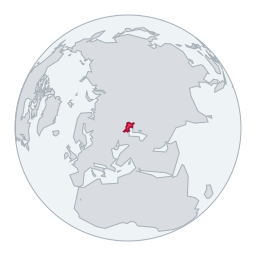 Atyrau on an orthographic globe, rotated 304°
{"feature_id": "KAZ-3198", "entity_name": "Atyrau", "entity_type": "Region", "adm_level": 1, "iso_a3": "KAZ", "parent_name": "Kazakhstan", "parent_adm1": "", "projection": "orthographic", "projection_center": [51.054, 47.461], "detail": "fine", "context": "on_globe", "style": "filled", "palette": "rose", "viewbox_px": 256, "rotation_deg": 304, "n_neighbors": 0, "source": "natural_earth", "source_scale": "10m", "svg_char_len": 12138}
<svg xmlns="http://www.w3.org/2000/svg" viewBox="0 0 256 256"><g transform="rotate(304 128 128)"><circle cx="128" cy="128" r="113" fill="#eef3f6" stroke="#a8b0b8"/><path d="M121.5,15.5L122.4,16.1L119.5,16.1L120.1,16.4L123.8,16.5L126.1,16.6L133.3,19.7L145.1,23.1L150.4,23.4L148.0,24.2L159.0,24.5L166.4,26.9L157.1,24.7L155.4,25.0L159.9,26.8L159.2,27.5L160.9,28.8L159.6,29.6L154.3,28.5L153.3,29.1L156.6,30.3L157.3,32.1L152.7,30.1L153.5,33.0L144.7,32.3L133.3,27.3L127.5,28.5L113.1,27.7L113.5,28.8L108.2,29.6L106.6,31.2L104.4,30.8L105.1,32.5L107.4,32.6L108.5,33.4L107.7,34.4L104.8,34.0L104.7,33.4L103.5,33.9L102.3,33.3L102.5,34.2L99.0,33.7L101.4,35.8L97.7,36.8L95.7,36.1L97.3,34.1L96.8,28.3L95.3,27.4L91.5,27.9L81.2,33.0L78.9,33.0L74.7,34.6L75.3,35.3L78.8,34.5L78.8,36.5L83.0,35.5L83.7,36.3L87.4,36.2L85.3,38.5L81.1,40.9L77.9,41.1L76.0,42.3L77.7,44.1L70.5,46.7L63.5,52.6L61.8,53.2L60.8,50.4L64.1,45.0L62.7,42.2L62.0,46.5L57.7,48.3L56.3,49.7L55.6,51.1L56.6,51.5L54.8,52.7L54.9,48.8L56.5,47.6L56.5,48.8L58.0,46.4L58.0,44.1L55.9,45.4L58.2,41.4L56.7,42.4L56.4,42.2L58.6,40.8L54.6,43.3L56.9,40.6L63.9,35.4L71.4,30.6L79.1,26.5L87.2,23.0L95.6,20.1L104.1,17.9L112.7,16.4L121.5,15.5ZM127.3,16.5L124.0,16.5L120.9,16.2L123.7,16.1L127.3,16.5ZM133.0,17.7L131.2,17.7L130.7,17.0L131.9,17.2L133.0,17.7ZM154.3,23.6L151.8,22.8L154.5,23.4L154.3,23.6ZM161.4,28.9L162.3,28.9L162.8,29.6L161.4,28.9ZM88.4,35.0L87.9,35.6L87.4,35.3L88.4,35.0ZM90.4,34.5L90.2,33.7L91.2,33.3L91.3,33.8L90.4,34.5ZM161.3,31.5L161.8,32.8L160.4,31.3L161.3,31.5ZM90.5,35.5L92.9,32.8L94.6,32.2L96.4,33.7L90.5,35.5ZM161.5,33.4L162.8,36.6L165.1,36.9L159.4,38.2L160.2,34.9L158.1,32.9L160.3,33.7L161.5,33.4ZM108.5,32.1L105.9,32.1L108.7,31.2L108.5,32.1ZM110.0,31.4L116.9,27.9L120.2,28.6L117.2,29.5L122.1,29.9L120.3,31.9L117.2,32.2L115.4,31.3L116.1,32.8L110.0,31.4ZM156.1,38.5L155.7,39.2L155.1,38.3L156.1,38.5ZM109.1,33.6L110.2,32.8L113.2,33.3L111.5,35.1L111.1,34.3L109.1,33.6ZM124.2,29.0L126.2,29.8L125.2,31.7L125.9,32.3L120.6,32.0L124.2,29.0ZM110.0,34.8L110.6,36.0L108.5,36.8L108.2,34.5L110.0,34.8ZM114.7,32.7L116.0,33.1L114.7,33.5L114.7,32.7ZM101.5,40.4L102.8,39.2L104.5,39.4L101.5,40.4ZM110.9,36.5L111.6,36.2L112.4,36.2L112.3,37.2L110.9,36.5ZM120.3,33.4L119.5,34.1L122.4,33.6L121.8,35.1L118.4,34.7L119.6,35.5L119.5,36.0L116.9,35.2L120.3,33.4ZM114.7,38.1L110.1,38.4L107.4,40.4L105.8,40.3L110.5,37.1L114.7,38.1ZM116.2,36.4L114.9,37.4L113.6,36.7L113.7,35.6L116.2,36.4ZM122.7,36.3L124.4,34.1L125.1,34.3L122.7,36.3ZM114.1,38.9L115.2,38.8L114.1,39.1L114.1,38.9ZM120.3,37.2L120.9,36.4L121.6,36.6L120.3,37.2ZM117.0,39.4L115.6,39.5L115.6,38.7L117.0,39.4ZM118.7,38.5L119.7,39.0L116.5,38.4L118.9,38.1L118.7,38.5ZM121.0,37.5L121.6,37.4L120.6,37.9L121.0,37.5ZM117.8,42.6L113.8,42.0L113.8,40.1L117.7,41.0L117.8,42.6ZM28.6,156.6L26.5,137.8L29.3,134.9L31.1,128.4L51.4,120.2L54.2,124.8L68.6,131.2L70.2,133.2L66.9,137.9L76.5,150.4L81.4,147.4L91.6,154.9L99.3,156.8L104.8,146.9L92.1,143.6L91.4,137.7L102.8,135.8L114.1,138.8L114.2,136.6L108.3,130.5L112.2,127.2L106.4,128.1L107.8,130.7L104.2,131.4L102.7,129.1L104.2,128.0L101.1,126.2L95.1,132.6L95.8,135.9L87.1,134.5L87.5,140.0L84.7,141.5L82.9,132.7L84.1,130.1L79.7,119.2L77.7,121.7L81.7,132.3L79.8,130.9L77.1,134.7L77.8,130.6L73.9,118.7L66.9,116.6L55.7,122.4L52.0,120.4L50.0,115.6L56.4,106.0L63.8,111.5L66.2,108.5L66.6,101.7L68.8,104.1L69.9,102.1L72.9,104.0L79.1,101.5L82.4,102.9L86.7,97.3L89.0,97.3L85.8,100.5L85.4,103.7L93.9,107.3L96.1,106.6L98.2,102.8L100.2,104.4L101.2,100.2L107.0,100.5L100.7,96.8L103.0,92.6L107.5,90.4L107.1,88.5L99.8,92.1L97.8,94.2L98.0,97.0L91.8,102.6L88.5,102.5L90.7,94.4L86.2,93.4L89.9,87.8L107.5,80.8L113.9,80.6L120.5,89.0L118.0,91.4L114.3,89.4L116.0,95.1L116.6,92.8L118.4,94.2L121.0,90.9L122.3,91.8L122.6,87.2L124.5,87.9L124.3,90.8L129.9,86.9L134.4,87.6L135.0,86.3L134.4,84.7L140.6,86.9L140.8,85.8L138.8,84.7L137.9,82.0L138.6,78.1L140.7,79.0L140.7,80.6L143.9,85.4L143.6,89.5L144.6,89.6L145.3,86.2L141.5,80.3L141.3,77.7L143.6,80.2L142.7,79.1L143.3,78.1L145.9,78.1L143.6,75.3L147.2,64.2L152.6,63.3L154.1,66.6L158.9,60.7L164.5,60.7L162.7,59.6L163.8,56.3L162.0,56.2L161.2,55.5L163.1,47.7L165.2,46.8L164.0,42.7L163.0,42.1L161.4,42.5L159.4,38.2L165.1,36.9L166.9,38.1L169.2,36.7L173.0,39.7L177.3,41.8L180.2,46.2L183.4,47.6L183.9,46.9L188.5,48.6L196.2,54.6L187.7,52.6L175.6,45.2L180.4,48.4L178.6,48.6L179.9,50.4L183.2,52.7L184.1,52.3L185.9,61.8L192.7,70.8L193.9,67.2L197.0,67.5L205.7,75.8L212.2,94.2L216.4,95.8L218.2,98.3L218.0,102.2L215.3,98.6L213.0,99.4L211.6,96.9L210.4,102.3L208.2,98.9L208.3,105.0L210.8,106.5L212.7,102.8L213.7,109.8L218.5,111.2L221.6,116.2L222.0,131.0L218.6,139.2L218.9,141.2L216.2,141.3L214.7,147.3L221.2,152.8L221.7,155.5L218.2,164.7L217.8,162.9L210.7,163.3L210.8,170.4L216.2,171.6L218.1,176.0L214.6,177.2L212.5,173.5L210.0,173.5L209.7,167.6L205.7,160.9L202.0,165.2L201.3,161.6L195.3,156.8L189.5,162.6L181.0,176.8L181.4,185.9L177.8,191.0L169.4,180.7L166.6,172.1L163.0,174.0L154.9,167.6L139.2,169.2L137.5,166.8L134.4,168.2L128.8,165.8L126.4,161.5L122.8,161.7L129.3,172.8L133.3,172.5L137.3,168.2L138.4,172.0L143.9,175.0L135.9,184.5L113.5,191.6L112.2,184.6L99.9,162.4L100.8,160.2L100.8,159.9L100.7,159.4L98.6,162.9L96.8,158.3L102.4,174.1L102.9,180.1L113.2,192.0L112.0,192.9L115.6,195.3L128.1,193.3L128.0,195.5L121.5,205.0L104.9,215.2L107.7,222.4L107.4,227.4L98.3,228.7L100.4,232.1L95.8,232.0L96.4,233.4L93.5,233.7L88.1,232.8L77.7,228.6L76.0,227.3L69.3,222.6L59.5,211.3L61.1,208.3L59.7,204.2L52.3,190.9L53.8,186.2L52.1,182.6L48.4,180.7L46.5,176.2L44.3,174.5L31.7,164.8L28.6,156.6ZM42.8,127.9L41.8,129.7L42.8,127.9ZM125.1,147.3L132.5,148.0L130.8,140.9L133.5,140.6L131.9,138.4L130.6,140.4L127.0,134.2L130.7,132.3L130.7,129.2L128.2,128.8L121.9,133.4L127.0,142.1L124.6,144.9L125.1,147.3ZM57.7,48.5L57.6,48.8L56.6,50.4L56.4,49.9L57.7,48.5ZM55.9,56.9L53.0,58.7L55.0,56.9L54.2,56.3L57.3,52.0L61.1,53.3L58.8,53.4L55.9,56.9ZM62.4,46.9L60.0,49.3L62.5,46.7L62.4,46.9ZM73.0,90.2L73.4,92.4L71.3,94.1L67.1,93.0L70.1,90.4L73.0,90.2ZM74.4,95.1L77.8,87.7L80.5,88.3L78.4,89.2L79.9,90.3L76.9,92.1L76.2,100.1L74.4,102.2L67.6,98.6L70.8,98.5L70.3,96.3L74.4,95.1ZM81.5,69.9L83.0,67.3L87.0,71.9L85.2,73.8L80.9,72.7L80.5,69.7L81.5,69.9ZM93.2,38.8L93.5,37.9L94.3,38.0L94.7,38.8L93.2,38.8ZM102.0,39.8L92.7,43.0L92.5,42.0L87.2,45.3L84.8,44.2L88.4,42.1L82.6,43.8L84.8,41.4L80.9,42.9L89.0,38.4L90.7,36.5L89.7,38.9L91.8,40.0L93.3,39.9L98.7,38.3L103.6,35.0L106.5,35.7L107.3,37.1L106.5,38.0L104.9,37.2L105.1,38.9L102.1,38.5L102.0,39.8ZM114.4,55.7L112.8,53.9L112.8,58.4L109.8,57.5L110.0,58.1L107.3,58.6L104.2,60.3L103.1,59.6L102.4,60.6L100.6,61.1L99.3,62.2L96.8,61.4L95.0,62.8L94.8,61.6L92.4,64.3L93.1,61.9L90.8,62.5L91.3,64.4L81.2,58.2L76.4,57.8L72.0,58.8L73.9,54.9L79.2,51.7L85.8,49.5L90.2,50.6L90.2,48.8L92.3,48.8L91.4,50.2L94.1,48.1L95.6,48.6L101.5,47.3L104.4,44.2L106.6,43.8L106.2,45.2L108.7,43.8L109.5,46.3L111.1,46.1L113.5,48.4L111.7,51.5L113.7,51.0L115.6,52.9L114.4,55.7ZM118.4,43.3L117.0,46.9L114.7,48.3L111.5,43.7L110.0,43.6L107.9,40.9L111.3,39.0L111.5,39.9L112.6,40.3L111.1,40.8L113.1,40.8L113.6,42.1L115.2,42.5L114.3,43.5L118.4,43.3ZM72.9,132.1L74.2,133.1L76.6,133.9L74.9,136.5L72.9,132.1ZM70.1,124.0L71.5,124.3L70.3,128.2L68.9,127.2L70.1,124.0ZM73.2,121.4L71.6,124.1L71.7,122.1L73.2,121.4ZM87.2,100.7L88.7,100.9L88.5,101.9L87.2,103.0L87.2,100.7ZM113.7,69.6L113.1,68.1L113.8,67.8L114.8,64.4L117.1,64.9L117.4,67.1L113.7,69.6ZM102.0,148.2L99.2,149.8L98.3,148.5L99.5,148.2L102.0,148.2ZM86.0,143.4L89.2,146.0L85.5,144.1L86.0,143.4ZM116.3,69.5L116.5,68.0L117.5,69.2L116.3,69.5ZM118.8,65.1L120.2,66.1L117.5,64.5L118.8,65.1ZM126.9,228.1L121.0,235.2L115.5,234.8L113.8,232.8L115.6,228.4L121.6,227.4L124.4,225.0L126.9,228.1ZM230.9,171.4L232.1,169.5L231.9,169.9L230.9,171.4ZM229.8,172.6L231.3,170.2L229.4,173.7L229.8,172.6ZM231.8,169.2L233.3,166.0L234.0,164.3L233.7,165.2L231.8,169.2ZM228.7,174.2L221.8,182.8L218.8,185.2L219.8,183.2L224.6,178.2L228.7,174.2ZM219.5,183.4L214.6,184.6L206.2,179.9L209.3,178.0L217.7,178.1L217.2,179.6L220.2,179.5L219.5,183.4ZM230.5,164.4L229.9,168.2L226.3,172.8L224.6,174.4L223.4,171.6L224.1,168.5L225.6,166.9L230.2,152.2L232.1,151.6L230.9,157.1L232.4,158.0L230.5,164.4ZM182.0,186.5L184.9,190.4L182.8,192.1L182.0,186.5ZM231.1,143.8L229.9,150.2L230.7,142.9L231.1,143.8ZM231.0,137.8L231.6,139.4L230.5,138.8L231.0,137.8ZM219.7,143.8L218.2,146.0L217.7,144.7L219.4,141.1L219.7,143.8ZM224.0,120.6L225.7,124.5L226.0,126.2L224.4,124.8L224.0,120.6ZM135.9,72.9L131.9,76.9L130.6,80.5L132.2,83.3L128.2,81.2L130.3,75.7L135.9,72.9ZM145.6,65.1L144.2,62.8L145.9,62.8L146.5,63.3L145.6,65.1ZM144.0,64.4L140.2,63.6L140.1,61.7L143.1,62.7L144.0,64.4ZM128.1,66.3L126.8,67.4L126.0,66.4L128.1,66.3ZM220.3,192.6L220.5,192.3L221.6,190.6L220.3,192.6ZM233.7,166.2L235.6,160.6L236.3,158.6L233.7,166.2ZM239.8,142.0L239.2,145.1L239.1,144.8L239.6,141.6L238.7,144.4L239.8,139.2L239.9,140.6L240.4,135.5L240.5,134.0L239.8,142.0ZM239.1,146.3L239.2,146.1L239.2,145.9L239.1,146.3ZM237.1,152.3L237.0,153.3L236.6,153.8L237.1,152.3ZM237.7,150.3L238.6,147.8L237.5,151.4L237.7,150.3ZM233.2,157.3L233.7,158.4L235.3,154.1L234.1,158.3L234.8,159.6L234.3,161.6L233.7,160.0L232.9,164.4L232.2,165.7L232.1,163.2L233.0,157.8L233.7,154.9L236.3,148.7L233.2,157.3ZM237.8,147.8L237.4,146.2L237.6,143.9L238.0,144.3L237.8,147.8ZM235.9,142.9L234.5,142.3L233.6,145.5L234.9,137.1L236.2,139.1L235.9,142.9ZM233.9,138.4L233.2,141.3L233.7,136.9L233.9,138.4ZM232.7,140.8L232.1,139.0L233.0,137.7L232.7,140.8ZM234.5,137.5L233.8,133.6L234.6,134.9L234.5,137.5ZM230.5,134.9L233.2,135.1L230.5,137.9L228.2,131.2L229.1,129.2L230.5,134.9ZM221.9,96.6L220.4,95.1L220.6,92.9L221.6,94.6L221.9,96.6ZM220.1,85.1L220.2,91.9L220.1,97.6L221.1,97.3L222.9,101.5L220.2,100.2L218.8,93.8L219.3,90.1L217.3,86.8L216.5,82.7L213.6,79.8L212.5,77.3L215.3,79.0L220.1,85.1ZM212.3,78.7L206.9,72.7L208.3,70.3L209.8,71.1L211.7,74.8L210.8,75.8L212.3,78.7ZM206.0,70.6L205.1,71.6L195.3,66.4L193.6,64.8L201.8,67.1L201.4,68.3L203.5,70.1L206.0,70.6ZM156.9,39.5L155.8,39.2L156.8,38.9L156.9,39.5ZM160.2,55.5L159.3,54.4L160.5,54.0L160.2,55.5ZM157.4,51.3L156.7,52.5L156.6,50.8L157.4,51.3ZM155.3,55.4L156.0,52.8L156.6,55.9L155.3,55.4Z" fill="#d9dde1" stroke="#a8b0b8" stroke-width="1"/><path d="M123.1,127.4L122.9,127.3L122.8,127.2L122.7,126.9L122.9,126.8L122.9,126.7L122.8,126.4L125.2,126.8L125.9,127.0L125.9,126.9L126.5,126.8L127.6,126.1L127.8,126.0L128.0,125.8L128.1,125.7L128.3,125.7L128.9,125.7L129.0,125.7L129.0,125.8L129.2,126.0L129.3,126.0L129.5,126.0L129.9,126.1L130.0,126.1L130.0,125.8L130.2,125.5L130.2,125.2L130.4,125.0L130.5,125.0L130.9,125.0L131.1,124.9L131.4,124.6L131.5,124.6L131.6,124.8L131.8,124.7L131.9,124.9L131.9,125.1L131.9,125.3L131.9,125.5L132.4,125.6L132.5,125.4L132.6,125.2L132.7,125.3L132.9,125.4L132.9,125.6L132.9,126.0L133.0,126.4L133.0,126.6L133.2,126.8L133.3,127.3L133.3,127.5L133.3,128.2L133.3,128.5L133.5,128.9L133.7,129.2L134.0,129.4L135.1,129.7L135.1,129.9L135.2,130.1L135.3,130.2L135.3,130.3L135.2,130.4L134.9,130.4L134.8,130.2L134.6,130.3L134.5,130.2L134.4,129.9L134.3,130.0L134.0,129.8L133.7,130.0L133.2,130.1L132.2,130.4L131.9,130.4L131.7,130.7L131.6,130.9L131.7,131.0L131.4,131.2L130.7,131.4L130.6,131.2L130.7,130.9L130.8,130.8L130.8,130.7L130.9,130.3L130.9,130.2L130.7,130.0L130.7,129.9L130.7,130.0L130.8,130.0L130.8,129.9L130.7,129.9L130.7,129.7L130.7,129.8L130.7,129.7L130.8,129.7L130.9,129.4L130.7,129.2L130.4,129.0L130.2,129.0L130.0,128.9L129.9,128.9L129.8,129.0L129.6,129.1L129.6,129.3L129.4,129.3L129.4,129.2L129.2,129.1L128.9,129.0L128.8,128.9L128.7,128.9L128.4,128.7L128.2,128.7L127.9,128.8L127.7,128.8L127.6,129.1L127.4,129.0L127.2,129.2L127.1,129.3L127.1,129.2L127.0,129.3L126.9,129.4L126.7,129.5L126.4,129.7L126.3,129.8L126.3,129.7L126.3,129.8L126.2,129.8L126.1,129.7L126.1,129.8L125.9,129.8L125.9,129.7L125.9,129.8L125.7,129.8L125.7,129.7L125.7,129.8L125.8,129.9L125.7,129.9L125.7,130.0L125.6,129.9L125.6,130.0L125.4,130.0L125.5,130.1L125.3,130.0L125.2,130.0L125.1,129.9L124.9,129.8L124.8,129.7L124.6,129.7L124.6,129.4L124.8,129.3L124.9,129.5L125.1,129.5L125.2,129.4L124.8,128.7L124.7,128.1L124.4,127.9L124.2,127.4L123.5,127.3L123.2,127.2L123.2,127.3L123.1,127.4ZM126.3,130.2L126.3,130.3L126.2,130.2L126.3,130.2L126.3,130.2Z" fill="#f43f5e" stroke="#9f1239" stroke-width="1.5"/></g></svg>